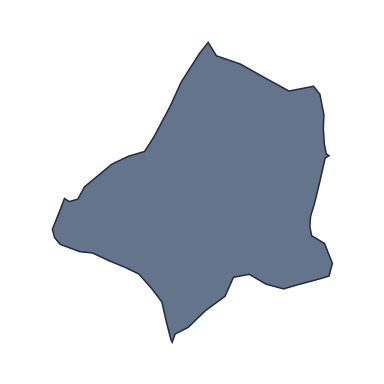 map outline of Ilinden (Equal Earth projection), rotated 349°
{"feature_id": "MKD-2933", "entity_name": "Ilinden", "entity_type": "Statistical Region", "adm_level": 1, "iso_a3": "MKD", "parent_name": "North Macedonia", "parent_adm1": "", "projection": "equal_earth", "projection_center": [21.617, 41.98], "detail": "fine", "context": "isolated", "style": "filled", "palette": "slate", "viewbox_px": 384, "rotation_deg": 349, "n_neighbors": 0, "source": "natural_earth", "source_scale": "10m", "svg_char_len": 861}
<svg xmlns="http://www.w3.org/2000/svg" viewBox="0 0 384 384"><g transform="rotate(349 192 192)"><path d="M143.9,335.7L143.1,332.9L142.0,312.8L141.4,294.1L133.7,278.6L124.2,262.4L111.8,253.1L97.6,243.8L82.7,232.9L70.3,229.1L52.5,218.2L48.4,210.5L47.8,202.0L57.8,186.5L65.6,174.0L69.7,178.0L78.6,177.2L87.5,166.4L98.8,160.2L118.8,149.3L136.7,144.7L153.1,143.2L165.0,130.8L186.9,103.7L202.4,82.0L226.0,57.2L236.4,48.3L242.0,63.0L263.7,75.5L285.4,93.9L306.5,111.4L319.9,111.4L331.5,111.4L336.2,120.6L336.2,141.5L333.0,154.9L331.1,169.9L331.1,180.0L333.4,182.6L329.2,184.1L319.6,205.9L310.0,226.8L303.8,238.5L301.1,248.6L301.1,257.7L312.3,267.9L316.2,288.9L310.4,300.7L297.4,301.9L278.3,303.2L263.4,304.6L247.3,296.7L232.4,283.7L216.4,283.7L204.5,300.7L182.4,311.1L162.4,324.2L148.4,328.1L143.9,335.7Z" fill="#64748b" stroke="#1e293b" stroke-width="1.5"/></g></svg>